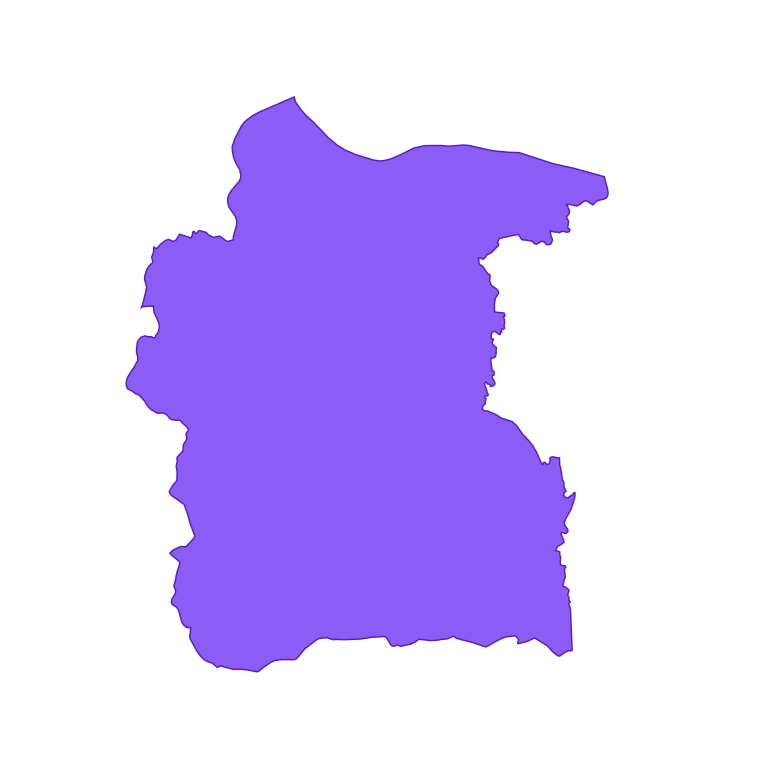 the district of Uong Bi, Quảng Ninh, Vietnam, rotated 170°
{"feature_id": "81297802B42641748496229", "entity_name": "Uong Bi", "entity_type": "district", "adm_level": 2, "iso_a3": "VNM", "parent_name": "Vietnam", "parent_adm1": "Quảng Ninh", "projection": "robinson", "projection_center": [106.761, 21.071], "detail": "fine", "context": "isolated", "style": "filled", "palette": "violet", "viewbox_px": 768, "rotation_deg": 170, "n_neighbors": 0, "source": "geoboundaries", "source_scale": "gbopen_adm2", "svg_char_len": 6163}
<svg xmlns="http://www.w3.org/2000/svg" viewBox="0 0 768 768"><g transform="rotate(170 384 384)"><path d="M131.1,549.9L158.8,563.1L179.2,571.6L210.8,588.4L220.8,590.5L236.7,594.9L259.4,604.3L264.6,605.6L278.7,606.9L286.6,609.0L302.6,611.7L313.4,611.2L327.2,607.1L337.9,604.5L344.0,604.0L348.7,604.2L355.2,606.2L372.3,615.0L381.5,621.0L388.8,627.5L396.1,636.2L408.3,654.5L413.7,661.3L417.5,667.4L420.1,672.3L422.3,677.8L422.6,682.3L459.1,673.6L465.9,671.4L473.6,667.7L476.8,665.5L479.6,662.8L487.7,652.3L492.3,644.1L492.9,639.0L492.7,633.5L491.6,627.6L488.9,620.3L488.7,614.4L489.6,611.4L491.2,608.9L501.3,600.5L503.9,597.4L505.5,594.3L506.2,591.3L506.2,587.6L505.8,584.6L501.3,574.9L500.8,570.6L501.0,568.1L502.1,565.1L506.9,555.0L507.3,552.2L512.9,551.5L514.9,552.6L519.5,557.7L520.2,558.1L526.8,558.1L530.9,561.3L531.9,563.0L533.6,564.6L538.9,567.0L540.0,567.0L542.1,565.1L543.0,564.9L543.5,565.1L544.5,567.2L545.3,567.4L546.2,566.3L546.7,564.3L548.7,561.4L559.3,567.0L563.8,561.9L566.9,561.0L571.1,563.9L574.6,563.2L579.9,560.3L584.4,556.8L586.9,558.7L587.7,555.0L588.7,552.7L590.7,549.4L590.5,544.5L590.9,543.7L595.2,540.8L597.8,537.8L600.7,532.2L601.7,528.3L600.8,521.5L602.3,516.8L608.3,503.3L609.7,501.6L607.4,502.0L597.7,500.9L598.0,493.9L596.4,488.6L595.1,482.3L595.0,481.0L595.6,478.4L597.6,473.7L600.0,471.9L601.3,469.5L603.1,469.5L605.0,471.0L609.0,471.7L610.7,472.9L615.1,472.3L618.2,469.8L619.7,467.8L621.7,461.1L622.2,457.9L621.8,453.1L622.3,450.1L627.7,443.3L631.2,440.0L636.1,434.1L638.0,429.0L637.6,424.0L633.4,420.8L630.2,417.5L627.2,415.8L622.7,408.7L620.8,403.6L618.4,399.8L612.3,394.6L606.8,393.8L604.6,392.5L603.3,391.3L600.7,387.0L599.7,386.0L594.9,384.3L591.0,383.7L589.3,380.5L585.9,376.5L584.4,373.0L587.7,369.2L587.5,366.1L587.8,364.4L588.9,362.3L590.8,360.8L592.1,359.0L593.7,353.0L600.4,347.8L600.9,346.1L600.9,344.1L602.9,339.3L603.0,333.4L604.7,325.0L610.1,320.4L614.2,315.3L613.7,313.0L612.2,310.7L601.7,300.1L600.0,289.7L599.1,280.1L596.7,267.3L597.2,266.2L600.3,263.3L607.3,258.1L611.8,259.1L614.0,258.9L620.8,256.9L624.1,254.8L624.1,254.2L622.7,252.1L616.2,244.4L616.1,243.1L621.4,232.7L623.1,227.7L626.0,221.6L625.1,217.1L625.7,214.1L630.0,209.4L631.4,205.8L630.6,203.5L627.1,200.2L626.1,198.2L625.5,195.8L624.5,185.1L623.9,183.0L622.5,180.6L620.8,178.7L618.8,177.9L616.7,177.8L617.9,172.5L619.0,170.3L619.2,167.0L614.2,152.3L611.8,147.6L609.0,143.8L606.3,141.5L601.6,138.9L597.6,134.1L596.9,133.8L595.4,134.6L593.3,134.5L581.9,129.1L574.4,127.9L566.8,125.7L559.1,122.6L557.2,122.9L552.1,125.8L543.5,129.7L539.3,130.7L532.1,130.3L521.0,128.2L519.0,128.2L517.1,129.2L507.8,137.1L495.2,143.6L492.3,144.6L485.0,144.3L478.6,141.1L473.3,140.4L468.2,139.2L452.0,137.0L440.1,136.7L429.4,135.5L426.9,135.0L425.9,134.4L422.6,126.0L421.8,124.9L420.4,124.2L415.7,124.3L413.1,122.8L402.9,123.2L398.1,124.5L393.9,126.6L382.8,123.2L375.0,122.4L371.3,122.5L365.9,122.0L359.8,123.5L358.5,122.9L357.4,121.4L356.3,120.7L341.2,113.8L329.5,107.4L326.2,108.3L318.3,111.2L310.9,113.3L307.1,113.7L299.3,113.3L298.0,112.6L295.9,109.4L296.2,107.9L297.4,106.0L297.4,105.4L297.0,105.0L287.3,105.7L279.8,107.8L268.6,97.8L264.6,91.4L260.7,86.9L259.2,85.7L257.8,85.7L253.0,88.1L249.2,89.2L245.0,88.9L239.5,129.9L239.7,132.8L240.4,135.0L240.0,136.0L238.4,137.1L238.4,137.4L239.5,139.2L238.8,141.6L239.5,143.1L239.5,145.1L237.7,148.0L238.0,149.5L238.5,150.2L241.3,153.0L242.7,153.5L243.1,154.2L241.3,157.5L241.0,159.5L239.1,161.9L238.4,170.3L236.8,172.1L236.9,173.2L237.4,173.6L240.3,174.2L241.0,174.9L241.5,177.1L240.1,182.9L240.6,185.0L240.1,188.1L240.8,188.8L243.2,189.7L243.7,190.6L241.2,194.0L237.3,195.2L234.3,196.8L234.3,199.7L235.8,205.3L235.3,206.8L234.4,206.9L231.3,205.4L230.4,205.4L228.8,206.4L228.2,208.8L230.6,213.7L230.6,216.1L228.7,219.4L221.4,228.3L216.4,237.9L215.3,240.9L214.8,243.7L215.4,244.1L217.3,242.5L223.0,239.8L223.7,240.0L226.1,242.0L226.0,245.5L223.4,246.7L224.6,251.1L224.0,256.0L224.9,258.9L224.6,270.8L225.1,273.9L224.0,280.8L225.5,280.9L230.1,282.9L232.6,282.9L233.3,282.5L233.8,279.4L235.3,276.7L237.2,276.3L238.5,277.6L239.1,278.8L240.2,279.1L240.9,278.8L241.6,277.1L242.5,277.5L245.7,290.6L248.1,297.1L251.1,302.8L256.3,310.6L260.6,319.9L264.3,324.7L274.9,330.4L277.3,332.9L280.7,335.6L287.3,339.7L290.2,340.1L291.3,342.3L291.3,343.4L290.3,345.0L288.8,346.5L287.7,346.8L288.0,347.8L286.1,351.4L286.6,353.0L286.4,354.4L283.8,354.6L283.1,355.3L284.0,357.7L283.9,359.7L284.1,362.2L284.8,363.7L284.9,367.4L283.0,368.2L282.5,367.6L282.4,366.2L279.6,365.3L279.7,363.6L279.4,362.9L276.0,363.6L274.7,364.9L274.8,367.5L276.2,370.5L276.3,371.9L275.8,373.4L274.3,373.6L274.0,374.0L273.5,377.1L273.5,377.5L274.9,378.2L275.1,378.9L274.9,387.7L274.0,390.9L271.1,390.8L269.4,391.6L268.0,395.6L267.8,397.8L267.0,399.7L267.1,400.7L268.2,401.6L270.0,404.1L270.4,405.7L269.4,407.7L268.6,408.3L268.7,409.4L270.1,409.8L270.7,410.5L268.8,416.4L265.4,416.5L262.0,412.8L260.8,412.6L260.2,414.5L258.9,415.0L259.3,416.6L259.0,417.4L258.2,417.6L256.8,417.1L255.4,418.1L255.8,420.2L254.8,422.4L254.2,426.8L255.0,429.3L254.3,429.8L253.3,429.7L253.0,430.3L253.2,432.3L253.7,433.1L261.5,435.4L262.5,436.0L261.5,443.0L259.6,448.9L255.4,453.5L255.3,455.0L255.6,456.2L256.9,458.3L261.1,462.4L262.1,467.3L260.8,471.4L260.7,473.1L262.7,474.7L264.4,478.0L265.9,482.1L269.2,485.4L269.5,486.9L269.0,489.4L269.2,491.7L266.9,491.2L265.3,489.7L264.3,489.9L262.9,490.6L259.6,493.7L257.2,494.0L255.4,494.8L247.2,500.6L246.9,502.0L247.8,503.6L245.1,507.4L228.4,508.0L226.2,507.8L225.4,507.3L223.3,502.3L214.6,499.5L211.9,497.4L211.6,496.2L210.8,495.6L209.5,495.3L204.6,497.0L202.9,496.8L202.0,496.4L199.6,493.1L198.0,492.6L196.0,492.7L195.0,493.4L193.0,496.5L193.8,500.9L193.7,506.1L190.2,504.2L185.8,503.2L185.0,502.4L182.7,503.4L180.9,503.3L177.7,501.7L175.6,501.7L174.7,502.4L174.2,503.4L174.2,504.3L175.6,505.3L175.9,506.1L174.1,511.6L174.1,512.9L175.2,515.7L174.9,517.1L172.0,519.8L171.2,522.4L173.0,529.0L168.9,528.3L163.9,526.0L162.6,526.0L160.8,526.4L156.7,528.6L154.3,529.4L152.3,529.0L147.2,524.1L143.7,526.6L141.1,527.6L134.6,528.0L132.5,528.7L130.7,531.3L130.1,533.4L130.0,536.9L131.1,549.9Z" fill="#8b5cf6" stroke="#5b21b6" stroke-width="1.5"/></g></svg>